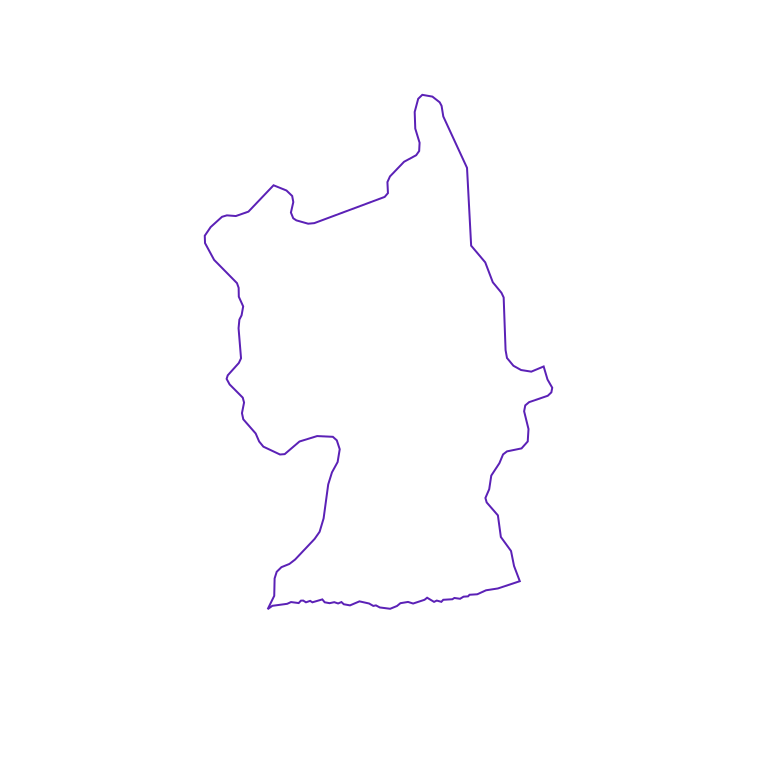 the district of Enriquillo, Barahona, Dominican Republic, rotated 43°
{"feature_id": "3306468B23311881925490", "entity_name": "Enriquillo", "entity_type": "district", "adm_level": 2, "iso_a3": "DOM", "parent_name": "Dominican Republic", "parent_adm1": "Barahona", "projection": "orthographic", "projection_center": [-71.267, 17.983], "detail": "medium", "context": "isolated", "style": "outline", "palette": "violet", "viewbox_px": 768, "rotation_deg": 43, "n_neighbors": 0, "source": "geoboundaries", "source_scale": "gbopen_adm2", "svg_char_len": 1953}
<svg xmlns="http://www.w3.org/2000/svg" viewBox="0 0 768 768"><g transform="rotate(43 384 384)"><path d="M617.8,435.6L603.2,428.4L590.8,419.5L573.8,416.2L556.9,402.4L539.9,400.6L535.9,398.2L532.7,389.2L524.9,377.8L522.4,363.2L519.1,354.3L519.9,349.4L528.5,337.3L528.3,328.0L520.4,318.4L505.1,308.4L501.9,303.3L502.5,298.3L511.8,280.9L512.1,276.0L509.6,272.0L500.5,269.2L488.8,262.3L483.3,274.5L474.7,280.3L466.2,282.4L456.2,281.1L449.8,276.3L412.5,239.1L407.7,237.2L394.2,235.4L375.1,226.0L353.4,223.4L297.3,169.3L244.9,147.9L236.4,141.3L232.6,140.0L223.4,140.8L214.8,146.4L214.5,152.1L220.9,164.1L232.7,175.9L245.5,183.3L250.8,189.6L251.5,194.7L247.1,207.8L246.8,228.1L248.8,234.0L256.7,241.7L256.9,246.7L223.3,313.9L219.2,318.5L208.3,324.1L204.6,324.7L199.0,322.1L193.6,312.8L188.6,309.1L180.7,309.0L167.7,314.0L167.3,350.4L161.1,362.2L154.1,367.8L151.5,372.2L150.2,387.4L151.8,397.8L157.0,403.0L175.1,409.1L207.7,410.5L212.1,412.8L218.3,419.2L228.1,423.3L233.0,430.9L234.3,435.5L239.6,442.4L261.9,462.7L263.5,467.6L263.8,484.2L265.4,487.6L271.4,489.6L290.0,490.3L294.3,493.0L300.0,502.2L305.2,505.8L323.9,507.7L331.9,511.2L338.5,512.1L356.0,506.5L359.2,503.0L361.4,483.7L370.6,467.7L382.6,457.5L387.9,457.4L396.1,461.9L403.3,472.7L406.2,484.1L411.7,495.5L431.5,523.5L437.7,536.0L438.9,544.6L438.7,573.1L437.5,580.2L433.9,587.9L433.6,594.5L436.6,600.8L448.2,613.8L452.5,628.0L453.6,622.4L463.1,610.8L464.7,606.9L471.0,602.4L471.0,599.1L472.6,597.5L475.8,596.9L477.9,593.0L480.5,592.5L485.8,583.6L489.5,584.1L493.7,581.4L496.4,577.5L500.1,575.8L501.6,572.5L504.8,572.5L510.1,569.1L514.3,559.7L522.8,554.7L527.5,553.6L529.1,551.4L533.3,550.3L541.8,544.2L544.9,537.5L545.5,533.1L550.2,527.0L555.0,524.7L560.8,514.2L561.3,510.9L569.2,509.2L570.3,506.4L574.5,504.2L574.5,501.4L580.8,494.8L581.4,492.5L586.1,489.2L587.2,485.3L590.3,482.0L590.3,479.8L595.6,474.2L599.3,465.3L606.7,455.9L617.8,435.6Z" fill="none" stroke="#5b21b6" stroke-width="2"/></g></svg>